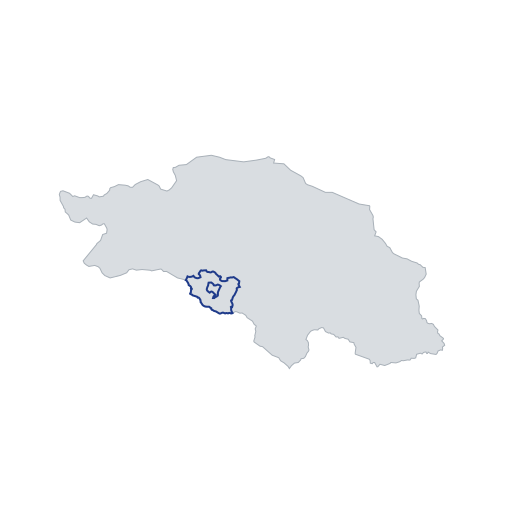 where Selenge sits in Mongolia, rotated 196°
{"feature_id": "MNG-3326", "entity_name": "Selenge", "entity_type": "Province", "adm_level": 1, "iso_a3": "MNG", "parent_name": "Mongolia", "parent_adm1": "", "projection": "mercator", "projection_center": [106.313, 49.491], "detail": "fine", "context": "in_parent", "style": "outline", "palette": "blue", "viewbox_px": 512, "rotation_deg": 196, "n_neighbors": 0, "source": "natural_earth", "source_scale": "10m", "svg_char_len": 7779}
<svg xmlns="http://www.w3.org/2000/svg" viewBox="0 0 512 512"><g transform="rotate(196 256 256)"><path d="M50.9,216.7L52.5,216.7L54.8,214.9L55.1,212.4L55.8,211.0L61.4,210.3L64.0,211.1L64.4,209.5L64.9,209.3L66.2,210.6L67.5,210.0L68.4,209.4L69.3,207.6L71.2,207.9L74.5,205.8L74.4,202.1L75.7,201.2L78.7,200.5L79.0,198.8L79.6,198.3L81.8,197.8L85.6,195.9L87.3,195.7L88.7,194.0L92.0,191.8L97.1,190.8L97.5,189.7L102.1,186.2L107.0,186.1L108.4,183.1L109.1,182.8L112.6,186.3L114.0,185.9L114.6,184.5L116.6,184.5L117.5,187.0L118.7,188.0L133.4,189.0L133.9,189.9L134.7,195.7L137.4,198.4L138.1,199.7L142.1,199.3L144.4,201.4L147.9,201.3L149.7,201.9L153.1,199.9L153.9,199.9L155.0,200.9L156.7,200.2L159.8,202.1L162.3,201.8L163.5,202.6L164.9,201.9L168.4,202.5L171.3,205.5L173.2,205.3L175.6,203.3L176.2,201.9L179.6,201.2L181.5,199.9L182.8,198.6L184.6,194.1L185.0,189.5L183.3,188.8L181.8,187.2L180.9,184.7L180.8,183.0L179.2,180.3L179.3,179.0L180.3,176.6L180.8,172.9L181.9,170.8L184.3,169.7L184.5,168.2L186.0,165.3L189.6,163.6L191.7,160.3L192.9,157.0L194.7,158.7L199.5,161.0L203.5,162.1L206.1,164.5L213.1,165.1L224.8,170.7L227.2,170.4L234.1,172.8L234.7,173.6L234.6,177.8L235.2,179.0L235.4,183.5L236.7,185.7L236.4,188.4L237.0,189.2L238.7,189.6L241.4,192.4L247.6,194.3L249.4,196.1L253.6,197.4L255.8,196.6L259.3,197.1L260.6,196.8L262.8,194.6L264.3,194.0L272.3,192.3L274.5,190.9L276.0,190.7L282.3,192.0L286.7,194.1L293.0,193.9L296.0,196.2L297.2,198.4L299.7,200.4L308.5,201.2L308.9,201.6L308.7,206.3L309.1,207.0L314.8,212.1L317.4,213.6L325.4,213.3L337.7,216.5L340.6,215.6L343.2,217.2L344.3,217.1L352.3,212.9L353.5,213.2L361.8,211.6L367.1,209.4L371.1,209.6L374.3,207.8L375.7,204.2L381.0,200.0L390.2,194.7L395.9,195.5L399.3,197.4L402.7,201.2L404.7,202.2L408.4,202.5L413.8,199.9L416.5,200.6L419.1,201.7L420.8,203.7L412.5,223.0L412.4,224.1L409.7,228.1L409.3,234.4L405.9,236.7L406.4,240.3L407.1,241.6L410.7,245.2L412.0,244.7L413.0,243.2L415.0,241.9L418.6,242.3L421.8,241.7L425.7,242.9L429.3,245.8L434.7,239.4L439.5,238.7L444.0,239.5L447.4,243.8L451.5,245.8L452.5,248.3L454.2,249.3L454.6,250.4L459.6,255.4L460.6,258.6L462.0,260.8L461.9,263.2L461.6,264.3L459.5,265.5L452.5,264.9L448.5,262.7L446.9,263.9L441.6,263.5L438.6,264.4L436.5,265.3L435.3,266.8L434.3,267.2L433.4,267.1L431.8,265.9L430.5,265.9L430.0,266.2L429.1,270.1L424.6,270.1L423.0,269.6L419.2,271.4L418.7,272.9L416.6,275.0L414.8,278.9L415.1,280.5L414.6,281.6L411.2,283.7L407.9,286.7L401.3,288.0L398.2,288.2L395.9,287.4L393.6,288.0L391.8,291.4L387.4,295.6L381.1,299.7L369.8,297.2L368.4,296.6L366.1,294.0L359.5,293.9L357.6,295.6L355.9,298.2L353.1,306.5L355.7,311.1L358.7,314.2L359.9,316.3L359.9,318.2L357.9,319.0L355.0,322.0L348.1,324.7L340.3,334.6L326.7,340.5L318.3,340.9L311.7,340.3L293.8,343.1L282.2,348.2L273.6,352.6L271.8,354.7L270.9,355.0L269.3,354.2L264.7,353.9L264.7,350.2L254.6,352.3L246.4,348.0L234.7,345.3L232.3,344.3L228.3,339.4L226.2,338.7L221.0,338.5L206.8,336.3L200.2,338.2L171.3,334.4L160.7,335.6L160.3,335.1L159.6,331.9L154.7,327.1L154.0,325.8L153.8,323.9L149.7,313.8L147.2,312.3L147.5,308.1L143.6,308.4L139.3,306.8L134.9,303.7L132.7,301.5L129.7,300.9L125.8,296.9L124.0,296.1L114.7,294.4L110.0,294.9L104.9,293.8L99.2,293.7L97.4,292.8L95.8,292.9L92.4,291.1L90.2,291.5L87.4,285.5L88.0,281.7L89.1,279.5L91.8,276.1L91.7,274.8L90.6,271.8L92.1,266.3L91.6,262.9L90.1,259.0L88.1,258.1L85.3,252.8L84.4,248.7L83.2,245.8L80.3,244.1L79.3,241.6L78.4,241.4L77.8,242.2L76.1,242.5L74.3,241.0L73.3,239.1L72.3,238.7L70.4,238.7L68.6,239.6L66.7,239.2L65.1,237.5L60.7,235.0L60.6,233.1L59.9,231.8L58.6,231.5L57.3,230.1L53.1,228.5L53.0,227.6L54.1,225.6L51.2,223.9L50.0,222.2L51.7,219.9L51.0,218.3L50.9,216.7Z" fill="#d9dde1" stroke="#a8b0b8" stroke-width="1"/><path d="M275.3,190.6L279.3,191.7L281.1,191.6L281.4,191.7L282.1,191.9L282.7,192.1L283.4,192.1L283.7,192.1L284.4,192.7L284.5,192.9L284.5,193.0L284.5,193.4L284.6,193.5L285.7,193.6L286.0,193.8L286.5,194.2L286.8,194.3L287.1,194.3L289.6,193.6L290.9,193.4L292.3,193.6L293.5,194.0L294.0,194.3L295.9,196.0L296.4,196.2L296.5,196.4L296.7,197.2L296.8,197.4L297.1,197.6L297.2,197.8L297.2,198.0L297.4,198.5L297.5,198.7L297.6,198.8L298.0,199.0L298.8,199.8L299.2,200.0L299.6,200.2L300.0,200.2L300.3,200.0L300.6,199.9L301.4,200.6L306.1,200.7L306.3,200.8L306.8,201.2L307.1,201.3L307.5,201.2L308.2,201.4L308.9,201.5L309.0,201.7L308.9,202.2L308.8,202.5L308.7,202.8L308.6,203.1L308.7,203.5L308.9,204.5L309.0,205.2L309.0,205.5L308.9,205.7L308.6,206.4L308.6,206.7L308.8,206.8L309.1,206.9L309.6,206.8L309.7,207.0L309.6,207.4L309.6,207.7L309.7,208.0L310.0,208.3L310.9,209.0L311.2,209.1L312.2,209.3L312.6,209.4L312.8,209.6L312.9,209.9L313.0,210.1L313.1,210.4L313.8,211.3L315.6,212.9L316.4,213.5L316.8,213.5L316.4,215.5L316.2,217.5L315.7,217.4L315.3,217.4L313.8,217.6L313.4,217.8L312.5,218.2L311.7,218.7L311.5,218.9L311.1,219.3L310.7,219.7L309.5,218.8L309.2,218.7L308.7,218.5L308.4,218.4L307.9,218.4L306.9,218.4L306.6,218.4L305.8,218.6L305.4,218.8L304.5,219.5L303.5,220.3L304.2,221.6L304.4,221.8L304.8,222.2L305.6,222.6L305.8,222.7L306.0,222.8L306.1,223.1L306.2,223.4L306.1,223.9L305.8,224.6L305.6,225.4L305.3,226.1L305.2,226.6L305.0,226.9L304.9,227.0L304.6,227.1L304.4,227.2L303.7,227.1L303.4,227.1L303.2,227.2L302.8,227.5L302.3,227.7L301.5,228.0L300.0,228.5L299.4,227.8L299.2,227.6L298.7,227.4L298.2,227.3L297.7,227.4L296.7,227.6L295.5,227.6L295.1,227.7L294.9,227.8L294.5,228.1L294.2,228.4L293.7,229.0L293.3,229.1L292.8,229.3L292.4,229.2L291.3,229.0L290.8,228.8L290.1,228.4L289.9,228.1L289.7,227.9L287.7,226.9L286.1,226.0L285.7,226.3L285.4,226.5L284.8,226.7L284.1,226.3L283.9,226.1L283.8,225.9L284.0,225.2L284.3,224.5L284.3,224.0L284.2,223.7L283.9,223.2L283.5,222.9L283.0,222.8L281.8,222.5L279.4,223.1L278.6,223.4L278.3,223.5L277.7,224.0L276.8,224.6L277.0,225.2L277.2,226.2L277.4,226.8L276.6,227.3L275.7,227.7L275.0,228.1L274.6,228.4L274.3,228.5L273.6,228.6L273.2,228.7L272.4,229.1L272.1,229.3L271.9,229.5L271.6,229.5L271.3,229.5L270.6,229.3L269.8,228.9L268.9,228.7L268.2,228.5L267.3,228.1L265.1,227.2L265.0,226.4L264.8,225.0L265.0,224.7L264.9,224.6L265.1,224.4L265.2,224.1L264.8,223.5L264.3,222.9L263.7,222.4L263.1,221.8L264.3,221.1L264.9,220.6L265.3,220.2L265.5,219.9L265.6,219.7L265.6,219.4L265.5,219.1L265.1,218.3L265.0,217.8L265.2,216.9L265.4,215.4L265.7,214.0L265.9,212.7L266.2,212.0L266.5,211.4L266.8,210.3L266.9,209.9L266.9,209.2L266.9,207.2L267.7,206.4L267.4,205.7L267.1,205.3L265.6,203.7L265.2,203.0L265.0,202.6L264.9,202.2L264.9,201.6L264.9,200.5L265.5,200.5L265.8,200.4L266.0,200.3L266.1,200.1L265.4,199.2L265.4,198.5L265.3,198.1L265.1,197.5L265.0,197.2L264.0,195.8L262.8,194.7L263.1,194.4L263.5,194.1L264.4,193.9L265.7,194.0L266.1,193.9L266.4,193.7L266.9,193.2L267.2,193.1L268.4,193.1L268.8,193.0L269.6,192.5L269.8,192.3L270.3,192.3L271.8,192.5L272.1,192.4L272.5,192.3L272.8,192.2L274.2,191.0L274.7,190.7L275.3,190.6ZM288.6,209.6L288.2,209.5L287.5,209.3L287.0,209.0L286.5,208.7L285.9,208.4L285.5,208.1L284.9,207.9L284.4,207.7L284.5,207.3L284.8,206.7L285.5,205.8L285.6,205.6L285.7,205.2L285.7,204.8L285.7,203.7L284.6,204.0L284.4,204.2L284.1,204.9L283.8,205.3L283.6,205.5L283.4,205.6L282.7,206.1L282.6,206.3L282.3,206.9L282.1,207.1L281.8,207.4L281.9,208.0L282.1,208.5L282.1,209.0L282.2,209.3L282.5,209.7L282.5,210.0L282.6,210.7L282.5,211.5L282.5,211.9L282.2,213.9L282.0,215.4L281.7,216.8L281.5,217.3L282.3,217.6L282.8,217.8L284.1,218.0L284.4,218.0L284.8,218.0L285.1,217.9L285.4,217.6L285.9,217.1L286.7,216.6L287.5,216.3L287.8,216.3L288.5,216.2L288.9,216.9L289.5,217.3L290.0,217.5L291.6,218.2L293.1,217.7L294.2,217.3L294.1,215.8L293.9,214.7L294.0,213.7L294.2,212.6L294.2,211.4L294.2,210.6L294.1,210.3L293.9,209.9L293.7,209.7L293.4,209.3L293.2,209.2L292.7,209.0L292.3,208.7L291.9,208.5L290.4,208.0L290.0,208.7L289.7,209.1L289.2,209.5L288.9,209.6L288.6,209.6Z" fill="none" stroke="#1e3a8a" stroke-width="2"/></g></svg>